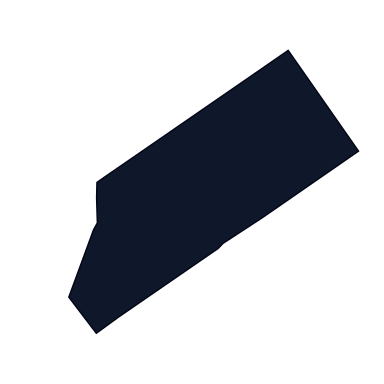 Abour, Al Qalyubiyah, Egypt, rotated 56°
{"feature_id": "37247803B53826434992934", "entity_name": "Abour", "entity_type": "district", "adm_level": 2, "iso_a3": "EGY", "parent_name": "Egypt", "parent_adm1": "Al Qalyubiyah", "projection": "equal_earth", "projection_center": [31.446, 30.221], "detail": "fine", "context": "isolated", "style": "filled", "palette": "ink", "viewbox_px": 384, "rotation_deg": 56, "n_neighbors": 0, "source": "geoboundaries", "source_scale": "gbopen_adm2", "svg_char_len": 395}
<svg xmlns="http://www.w3.org/2000/svg" viewBox="0 0 384 384"><g transform="rotate(56 192 192)"><path d="M255.6,350.3L254.6,323.6L253.4,201.8L251.9,195.0L252.6,148.6L251.2,31.1L128.4,33.1L128.9,76.3L130.4,221.1L130.7,254.0L130.9,265.4L143.6,274.4L164.8,287.8L165.0,288.3L165.1,288.5L165.5,289.3L168.2,294.6L210.3,352.9L255.6,350.3Z" fill="#0f172a" stroke="#020617" stroke-width="1.5"/></g></svg>